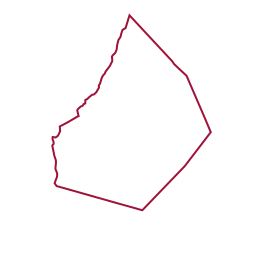 Upanema, Rio Grande do Norte, Brazil, rotated 128°
{"feature_id": "56859067B70479579251794", "entity_name": "Upanema", "entity_type": "district", "adm_level": 2, "iso_a3": "BRA", "parent_name": "Brazil", "parent_adm1": "Rio Grande do Norte", "projection": "albers", "projection_center": [-37.282, -5.615], "detail": "fine", "context": "isolated", "style": "outline", "palette": "rose", "viewbox_px": 256, "rotation_deg": 128, "n_neighbors": 0, "source": "geoboundaries", "source_scale": "gbopen_adm2", "svg_char_len": 1092}
<svg xmlns="http://www.w3.org/2000/svg" viewBox="0 0 256 256"><g transform="rotate(128 128 128)"><path d="M184.0,66.1L123.0,59.8L80.3,60.2L71.5,76.1L57.4,101.9L50.8,114.0L49.7,126.5L49.2,131.2L48.2,134.1L38.3,196.2L50.8,191.4L52.5,192.2L54.3,192.7L58.7,191.0L60.5,190.1L62.8,189.8L64.3,189.8L67.2,188.6L70.4,187.0L72.8,185.4L74.9,184.7L77.1,184.3L80.1,184.8L81.7,184.6L83.8,182.5L85.2,181.5L87.5,181.1L90.0,180.5L97.2,180.4L99.6,179.8L101.7,180.0L104.6,179.6L106.4,178.9L108.9,177.9L110.5,177.3L112.4,177.2L114.1,175.7L116.8,175.4L119.1,175.0L122.4,175.4L124.0,176.8L128.2,177.7L130.3,177.9L132.1,178.9L135.0,176.8L136.5,177.7L138.4,177.4L140.3,178.5L143.9,179.1L145.3,178.9L149.1,174.2L150.4,175.0L160.3,178.9L168.8,182.7L172.3,179.5L176.3,178.6L177.7,178.5L180.0,179.2L181.5,181.8L183.1,180.8L184.0,179.3L184.9,178.0L186.3,176.8L188.4,176.9L195.2,169.0L197.7,165.2L198.9,164.0L200.3,163.0L202.2,161.8L203.4,161.1L205.0,159.9L207.2,156.1L208.4,155.0L210.6,153.7L213.8,152.8L216.8,151.7L217.7,148.5L202.1,110.3L193.9,90.2L184.0,66.1Z" fill="none" stroke="#9f1239" stroke-width="2"/></g></svg>